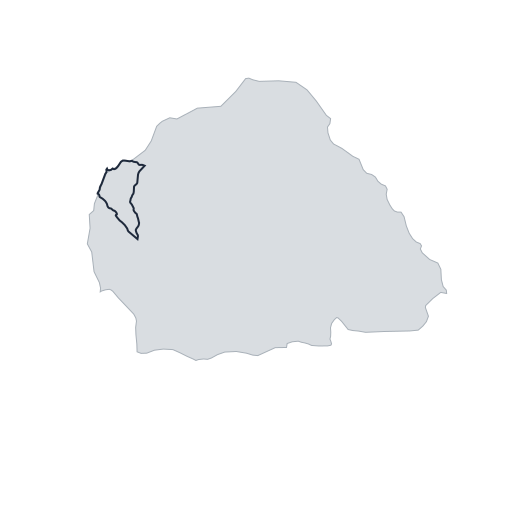 Maldonado highlighted on a map of Uruguay, rotated 136°
{"feature_id": "URY-20", "entity_name": "Maldonado", "entity_type": "Department", "adm_level": 1, "iso_a3": "URY", "parent_name": "Uruguay", "parent_adm1": "", "projection": "orthographic", "projection_center": [-54.808, -34.45], "detail": "fine", "context": "in_parent", "style": "outline", "palette": "slate", "viewbox_px": 512, "rotation_deg": 136, "n_neighbors": 0, "source": "natural_earth", "source_scale": "10m", "svg_char_len": 3905}
<svg xmlns="http://www.w3.org/2000/svg" viewBox="0 0 512 512"><g transform="rotate(136 256 256)"><path d="M393.0,338.4L390.1,340.9L387.1,345.7L383.4,357.2L371.4,373.0L368.9,381.9L356.1,391.2L347.1,401.7L341.2,401.4L335.9,405.9L305.7,419.6L294.8,417.0L286.8,417.1L279.3,411.0L262.2,409.0L251.5,411.5L237.3,418.3L233.0,418.3L229.8,418.0L222.0,415.3L217.7,409.5L195.5,403.1L177.3,388.1L156.3,388.4L140.2,390.8L137.6,388.9L135.9,385.0L132.4,379.4L118.0,366.3L106.6,353.2L103.9,340.0L105.0,325.5L107.7,308.3L106.9,303.0L110.9,299.9L115.0,299.1L118.7,294.6L122.0,287.8L122.4,282.7L119.4,273.4L117.1,260.4L114.7,254.0L118.9,243.6L118.9,238.6L116.2,234.3L115.3,229.8L116.4,225.1L116.0,220.7L114.2,216.5L115.3,212.9L119.4,210.0L122.4,205.6L124.3,199.7L125.2,195.3L125.2,192.3L123.8,189.4L121.2,186.8L122.2,181.4L127.0,173.2L130.0,166.0L131.3,159.7L131.0,154.7L129.3,150.9L129.9,148.3L132.9,146.9L134.2,142.8L133.5,132.8L130.1,124.6L132.3,118.0L139.1,110.2L142.6,104.0L142.8,99.3L144.9,96.6L148.4,101.5L158.4,102.6L168.4,102.5L170.0,101.2L173.8,92.9L179.0,90.4L184.6,89.7L190.8,90.0L197.5,95.3L216.4,112.8L230.2,125.0L234.4,130.8L238.1,135.1L240.8,139.1L239.8,149.7L240.0,154.4L240.7,155.7L243.8,155.8L248.3,155.0L252.2,152.7L255.2,149.2L258.1,146.4L260.5,144.9L261.4,142.7L262.7,140.3L264.1,139.8L266.8,141.5L273.2,147.5L278.2,153.1L279.4,156.3L281.3,159.6L283.3,162.5L284.8,165.4L289.5,169.1L294.4,171.4L297.6,169.0L305.8,176.7L323.9,183.1L327.2,187.0L330.3,192.6L336.5,201.0L345.2,208.6L352.2,211.8L358.9,213.6L362.6,215.3L365.2,218.3L369.2,221.4L371.8,222.6L372.7,225.4L375.2,231.5L377.9,239.2L380.8,246.4L387.3,253.4L394.5,258.8L402.1,262.0L406.3,265.8L408.1,269.7L402.9,275.4L397.2,282.6L392.2,288.2L387.2,292.2L385.5,294.9L384.3,299.1L384.1,321.7L383.5,330.1L383.9,332.4L384.6,333.9L387.7,336.2L391.4,338.1L393.0,338.4Z" fill="#d9dde1" stroke="#a8b0b8" stroke-width="1"/><path d="M326.6,410.9L326.0,411.3L322.5,412.3L320.6,413.8L319.5,414.3L317.1,415.1L307.3,419.8L306.2,420.0L305.0,420.4L303.6,422.1L302.5,422.3L302.8,421.6L302.9,421.2L302.9,420.9L302.3,420.0L301.5,419.3L300.5,418.7L298.3,418.5L298.2,418.2L298.2,417.8L297.9,417.2L297.3,416.7L296.8,416.5L295.5,416.2L292.9,416.4L287.7,417.6L285.5,417.2L284.0,415.7L281.1,411.8L279.1,410.7L279.1,410.2L278.9,409.7L278.5,408.7L277.3,407.1L276.9,406.7L276.7,406.4L276.5,406.0L276.5,405.4L276.5,405.0L276.8,403.3L276.7,402.8L276.4,402.3L275.7,401.7L274.9,401.0L274.3,400.3L273.4,398.3L281.0,397.9L282.5,397.5L283.8,396.8L284.2,396.6L290.6,391.1L291.3,390.9L291.7,390.8L292.5,390.8L294.3,390.9L295.1,390.8L295.4,390.7L296.1,390.1L299.2,387.2L300.3,386.4L301.0,386.0L302.2,385.8L302.9,385.6L304.7,384.7L305.7,384.5L306.2,384.3L306.7,384.0L307.6,383.3L308.6,382.7L308.9,382.5L309.2,382.1L309.4,381.5L309.5,380.0L309.6,379.2L310.6,375.8L310.8,375.3L311.1,375.0L311.6,374.6L312.0,374.3L312.3,373.8L312.5,373.2L312.7,371.8L312.8,371.4L312.8,371.0L312.8,370.6L312.8,370.3L312.7,370.1L312.6,369.6L312.6,369.4L312.7,368.9L314.0,366.7L314.8,364.9L316.4,362.3L316.7,361.8L316.8,361.4L317.2,361.0L317.7,360.5L318.9,359.7L319.6,359.4L320.2,359.2L322.9,358.8L324.3,358.3L324.7,357.9L325.1,357.2L325.9,355.6L326.3,354.1L326.4,353.6L326.5,353.2L327.1,352.3L329.5,350.5L330.7,362.1L330.7,362.4L330.5,363.2L330.4,363.6L329.7,364.9L329.6,365.2L329.5,365.6L328.9,369.4L329.0,373.6L329.2,374.8L329.4,376.3L329.1,380.5L328.8,382.4L328.7,382.6L328.3,382.8L328.0,382.7L327.7,382.6L327.3,382.6L326.9,382.8L326.5,383.7L326.3,384.5L326.2,385.8L326.3,386.5L326.4,387.0L326.8,387.5L327.0,388.0L327.1,388.6L327.2,390.4L327.3,390.9L327.5,391.2L328.0,391.8L328.2,392.2L328.5,393.1L328.5,393.6L328.4,394.1L328.3,394.5L328.1,395.2L327.2,396.7L327.0,397.2L326.5,399.0L326.3,400.5L326.5,403.3L326.6,404.0L327.3,406.6L327.4,407.0L327.3,407.3L327.2,407.6L326.7,408.2L326.5,408.6L326.3,409.2L326.3,409.8L326.3,410.1L326.6,410.9L326.6,410.9Z" fill="none" stroke="#1e293b" stroke-width="2"/></g></svg>